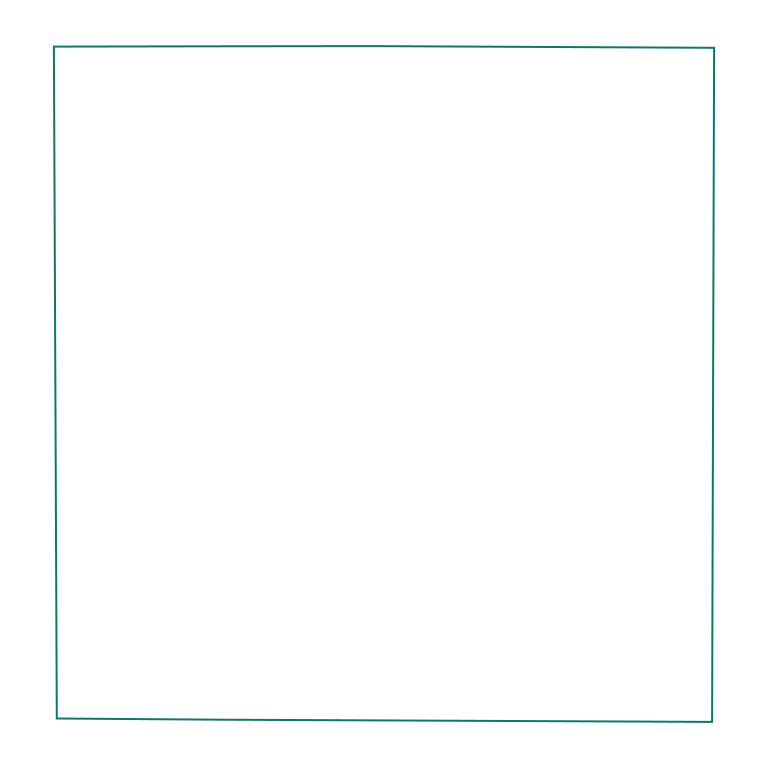 Osceola, Michigan, United States of America
{"feature_id": "52423323B21410531256975", "entity_name": "Osceola", "entity_type": "district", "adm_level": 2, "iso_a3": "USA", "parent_name": "United States of America", "parent_adm1": "Michigan", "projection": "mercator", "projection_center": [-85.386, 43.989], "detail": "fine", "context": "isolated", "style": "outline", "palette": "teal", "viewbox_px": 768, "rotation_deg": 0, "n_neighbors": 0, "source": "geoboundaries", "source_scale": "gbopen_adm2", "svg_char_len": 215}
<svg xmlns="http://www.w3.org/2000/svg" viewBox="0 0 768 768"><path d="M53.9,46.6L56.8,718.5L221.9,719.7L712.1,721.9L714.1,47.8L371.8,46.1L220.1,46.3L53.9,46.6Z" fill="none" stroke="#0f766e" stroke-width="2"/></svg>